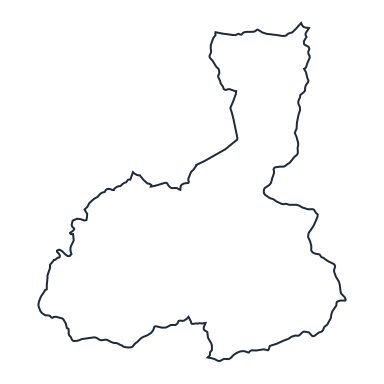 Don Duong, Lâm Đồng, Vietnam (Mercator projection)
{"feature_id": "81297802B74216529473028", "entity_name": "Don Duong", "entity_type": "district", "adm_level": 2, "iso_a3": "VNM", "parent_name": "Vietnam", "parent_adm1": "Lâm Đồng", "projection": "mercator", "projection_center": [108.553, 11.806], "detail": "fine", "context": "isolated", "style": "outline", "palette": "slate", "viewbox_px": 384, "rotation_deg": 0, "n_neighbors": 0, "source": "geoboundaries", "source_scale": "gbopen_adm2", "svg_char_len": 5927}
<svg xmlns="http://www.w3.org/2000/svg" viewBox="0 0 384 384"><path d="M309.0,28.1L305.2,27.5L303.9,27.1L303.0,26.4L302.3,25.5L301.1,23.0L296.5,28.2L292.4,32.3L288.4,33.6L287.5,34.2L286.6,35.1L285.7,35.7L284.3,35.9L282.8,36.0L275.7,34.9L266.9,33.9L262.4,32.5L257.9,29.7L257.1,29.7L256.6,30.0L255.3,31.2L253.3,31.8L246.3,31.9L244.0,32.3L242.7,33.2L241.6,34.6L240.4,34.6L238.9,33.9L238.1,33.9L235.5,35.1L233.0,35.0L222.5,33.6L215.5,32.2L215.3,33.1L215.5,35.3L213.4,37.8L210.8,45.0L210.7,48.1L211.1,51.4L211.0,52.4L210.5,53.7L209.6,55.5L209.5,56.6L210.2,58.2L212.4,60.5L216.4,67.0L217.8,68.1L218.6,69.0L219.0,70.3L219.3,73.0L219.0,74.2L218.3,75.2L218.2,76.0L218.2,76.9L220.0,80.7L220.7,83.4L222.9,86.6L223.7,88.9L224.6,89.7L225.9,89.9L228.4,89.2L229.8,89.2L234.2,90.8L235.2,91.1L236.2,91.1L235.7,94.4L233.2,101.3L230.5,107.6L230.4,108.3L232.1,113.5L233.5,119.2L237.4,138.0L237.2,139.6L225.4,149.2L204.8,160.9L196.2,165.0L196.5,165.4L193.2,170.0L191.3,171.6L190.1,174.1L189.6,175.6L188.3,178.8L188.3,180.2L188.8,181.6L188.7,182.5L188.1,183.0L184.2,183.4L181.9,184.6L180.7,185.9L180.3,189.9L179.2,189.5L177.0,188.1L175.6,188.0L171.5,188.1L170.0,187.2L168.5,185.6L167.4,183.7L166.7,182.9L165.1,182.8L155.1,185.8L150.8,186.6L151.3,185.0L149.6,183.8L147.5,183.5L143.6,180.0L139.8,175.3L139.3,175.4L137.0,175.0L134.1,173.4L133.0,172.2L130.3,179.6L129.2,179.5L127.8,179.9L126.6,181.8L126.0,182.3L123.9,183.1L122.3,184.2L120.4,186.1L117.8,186.4L116.8,186.9L114.6,188.5L113.8,189.5L113.8,190.0L112.7,190.0L109.5,188.9L107.5,189.0L106.5,189.4L105.5,190.4L104.8,191.9L102.1,192.7L100.8,193.4L99.7,194.4L97.6,196.8L94.0,198.9L89.5,202.9L88.7,204.2L87.4,206.8L84.5,209.6L87.2,213.9L86.9,217.6L86.4,220.1L84.6,220.5L80.0,219.0L77.6,218.8L76.8,218.9L73.3,220.3L72.6,220.8L71.8,224.2L71.7,225.3L72.2,226.6L74.1,228.5L74.2,229.2L73.3,230.5L70.0,233.0L70.1,233.3L70.9,234.2L73.1,234.1L73.7,240.2L73.5,241.0L71.0,246.1L70.5,247.7L70.4,249.5L70.7,251.7L71.5,254.0L69.7,256.0L68.2,256.2L66.6,255.4L65.1,254.2L62.9,251.9L60.8,250.3L59.8,249.8L58.5,249.8L57.0,250.7L57.0,251.7L59.1,254.0L59.8,255.4L59.8,256.6L59.5,257.2L59.1,257.5L57.5,257.8L55.3,259.8L53.8,260.0L52.9,261.5L50.1,264.6L49.9,268.4L47.5,275.3L47.5,277.9L46.8,284.9L46.8,289.2L46.5,289.6L45.1,290.0L43.7,292.6L41.4,295.8L40.5,297.6L39.0,301.5L38.4,304.5L38.7,306.7L40.4,311.1L42.1,313.2L45.3,315.3L48.4,315.4L49.5,315.7L51.8,317.7L52.4,317.8L54.0,316.9L56.1,316.8L62.4,318.5L63.2,319.1L65.9,323.7L66.8,327.9L67.3,328.3L68.1,328.5L68.5,328.9L68.8,331.4L68.6,333.3L69.0,335.0L70.9,337.3L71.7,339.2L72.5,340.4L73.1,340.8L74.1,341.0L76.9,340.8L78.4,340.5L81.8,339.1L83.7,338.8L93.8,337.4L95.6,337.5L97.9,338.6L99.4,339.7L100.6,340.2L102.0,340.2L105.3,339.7L106.9,339.8L111.0,341.9L113.9,343.0L116.8,343.1L117.6,343.5L120.5,345.0L122.1,345.5L122.6,346.1L124.2,346.9L128.0,347.5L130.6,347.4L132.1,346.9L132.8,346.3L133.8,345.0L135.4,343.3L137.4,341.9L140.0,339.2L141.4,338.0L142.9,337.1L147.7,335.1L151.3,332.7L152.8,330.8L153.5,329.4L154.4,326.7L155.1,326.3L156.3,326.3L161.7,327.6L165.0,327.6L166.3,327.4L170.8,325.0L175.3,325.0L176.0,324.7L177.4,323.4L177.9,322.8L178.2,321.6L178.8,320.9L180.2,320.6L182.5,320.9L184.0,320.6L186.9,318.7L188.5,316.8L190.9,321.5L191.4,323.4L192.0,323.9L193.6,323.9L195.8,323.4L197.9,323.6L199.4,323.2L202.1,323.5L205.5,323.0L203.8,327.2L203.7,329.0L203.9,329.5L204.8,330.6L206.7,331.5L207.4,332.3L207.8,336.5L208.3,338.4L211.1,343.0L211.9,345.7L211.9,350.0L211.1,351.2L210.2,352.0L209.9,353.0L210.0,354.5L209.8,355.3L209.1,356.1L207.7,357.5L212.1,358.3L214.3,359.0L217.9,360.8L219.5,361.0L220.6,360.7L222.9,359.4L224.1,358.9L228.9,359.1L231.1,357.7L232.8,355.7L235.1,353.9L237.6,352.5L240.3,351.4L243.6,351.1L245.2,351.4L248.2,352.5L248.8,352.5L250.3,350.9L251.8,350.3L256.2,350.5L263.9,349.3L267.9,350.3L268.3,350.0L268.8,349.2L269.6,346.5L270.0,345.9L270.5,345.7L276.4,343.9L283.9,340.5L288.5,338.8L291.6,336.7L295.1,335.6L295.9,335.5L297.5,335.8L299.3,335.4L302.3,332.4L303.3,331.8L304.0,331.6L308.4,332.2L309.1,332.6L312.0,335.8L312.8,336.2L313.9,336.1L314.9,335.6L318.7,332.6L321.7,331.6L322.4,330.9L323.1,329.9L324.1,327.3L324.7,326.6L327.3,324.6L330.8,318.1L331.3,314.4L332.4,311.2L336.3,305.6L336.6,302.5L336.9,301.9L337.6,301.4L340.3,300.6L341.7,300.5L345.1,300.6L345.6,300.0L345.5,299.2L344.6,297.1L341.7,294.1L341.1,293.3L340.6,291.8L339.7,284.5L339.0,282.0L335.8,276.4L334.4,272.6L334.1,271.4L334.1,270.3L334.3,269.0L335.1,266.7L335.0,265.9L334.6,264.8L334.0,264.2L332.6,263.4L328.4,261.4L325.2,259.3L323.6,257.9L321.8,257.3L321.2,256.9L319.7,254.6L319.2,254.3L316.1,253.9L313.6,253.0L312.7,252.4L312.0,251.6L311.2,250.3L311.3,245.9L310.2,241.7L309.6,240.1L308.3,237.5L308.1,236.7L308.4,234.1L308.8,232.8L312.5,227.5L314.1,224.7L317.0,218.1L317.5,216.8L317.7,214.7L317.2,213.9L316.0,213.0L314.1,209.9L313.4,209.4L312.5,209.2L308.2,209.3L302.3,207.5L299.3,205.7L296.9,204.9L295.8,204.8L289.0,204.8L286.5,203.9L285.6,203.8L283.3,204.2L281.7,203.9L276.1,201.3L275.3,200.6L273.3,199.2L270.1,198.2L268.9,197.5L265.2,194.9L264.2,193.6L263.8,192.4L263.9,189.7L264.6,188.2L269.4,184.9L270.8,183.2L271.6,180.8L272.2,178.1L272.9,176.5L273.9,173.3L274.0,171.2L273.5,169.5L274.4,167.7L274.9,167.4L279.6,166.7L283.9,166.6L285.5,165.8L287.7,163.9L288.7,163.5L290.2,162.2L294.2,157.1L297.2,154.6L297.5,154.0L297.8,152.9L297.8,151.2L297.6,147.9L298.2,145.1L298.1,142.8L296.5,136.8L294.8,133.0L295.6,130.8L296.6,128.6L296.9,123.0L297.4,120.3L298.5,114.9L300.1,109.9L299.9,107.2L298.3,103.3L298.3,101.5L298.6,100.3L300.1,97.3L300.2,95.4L300.3,95.0L304.2,91.8L304.7,91.1L305.0,90.3L305.2,87.3L305.6,86.0L306.2,84.7L307.9,82.4L308.4,80.7L307.4,78.1L306.0,72.3L304.1,68.8L305.3,68.2L306.0,67.3L307.6,62.5L309.7,57.7L309.6,55.9L308.5,54.1L308.2,52.6L308.3,51.5L309.2,49.5L309.3,48.7L308.8,47.2L307.8,46.4L304.9,44.9L304.4,44.4L304.0,43.8L303.9,41.8L304.2,40.7L306.5,36.9L305.7,35.6L305.5,33.8L306.0,32.6L309.0,28.1Z" fill="none" stroke="#1e293b" stroke-width="2"/></svg>